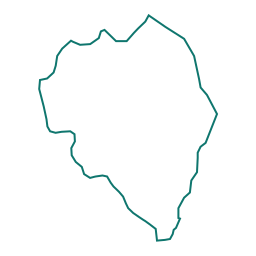 the district of Namyangju-si, Gyeonggi, South Korea
{"feature_id": "91817680B38772026787440", "entity_name": "Namyangju-si", "entity_type": "district", "adm_level": 2, "iso_a3": "KOR", "parent_name": "South Korea", "parent_adm1": "Gyeonggi", "projection": "equal_earth", "projection_center": [127.227, 37.639], "detail": "fine", "context": "isolated", "style": "outline", "palette": "teal", "viewbox_px": 256, "rotation_deg": 0, "n_neighbors": 0, "source": "geoboundaries", "source_scale": "gbopen_adm2", "svg_char_len": 993}
<svg xmlns="http://www.w3.org/2000/svg" viewBox="0 0 256 256"><path d="M71.0,40.7L62.2,48.6L57.2,56.0L55.7,65.8L53.6,72.5L47.1,78.5L40.0,80.0L39.2,89.0L43.7,106.4L46.5,119.3L47.4,126.5L50.1,131.3L55.6,132.8L61.6,131.8L70.3,131.3L74.5,134.2L74.9,141.4L71.3,148.1L71.7,155.3L75.8,162.0L81.8,166.9L84.1,174.1L90.1,177.9L93.2,177.1L93.9,176.9L95.6,176.5L102.5,175.5L107.1,176.5L110.7,182.7L113.5,186.5L119.0,191.8L123.1,196.6L125.9,203.4L128.2,208.2L133.2,213.0L138.7,216.8L143.8,220.2L144.7,220.7L149.3,224.0L155.7,228.9L157.0,240.6L164.9,239.9L170.0,239.0L172.7,234.1L173.7,229.8L176.0,227.9L180.0,218.6L178.4,218.0L178.4,208.2L184.1,197.7L189.9,192.5L191.3,180.5L197.0,172.2L197.7,157.9L197.7,152.7L200.6,146.7L205.6,142.9L217.0,114.0L207.0,95.0L200.6,87.5L199.1,79.2L194.1,56.0L184.1,38.8L165.4,26.9L148.7,15.4L145.3,21.6L138.2,28.4L133.9,32.9L126.7,41.1L116.0,41.1L104.5,29.9L100.9,31.4L98.8,38.1L90.2,44.1L80.1,44.8L73.0,41.8L71.0,40.7Z" fill="none" stroke="#0f766e" stroke-width="2"/></svg>